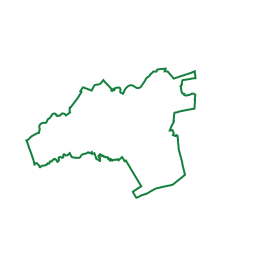 the district of Petresti, Dâmbovita, Romania, rotated 307°
{"feature_id": "2599482B47779361305396", "entity_name": "Petresti", "entity_type": "district", "adm_level": 2, "iso_a3": "ROU", "parent_name": "Romania", "parent_adm1": "Dâmbovita", "projection": "equal_earth", "projection_center": [25.302, 44.657], "detail": "fine", "context": "isolated", "style": "outline", "palette": "green", "viewbox_px": 256, "rotation_deg": 307, "n_neighbors": 0, "source": "geoboundaries", "source_scale": "gbopen_adm2", "svg_char_len": 5405}
<svg xmlns="http://www.w3.org/2000/svg" viewBox="0 0 256 256"><g transform="rotate(307 128 128)"><path d="M195.2,161.6L194.8,159.6L194.0,158.4L192.3,157.7L190.6,156.4L188.9,154.9L188.5,154.2L188.2,152.9L188.5,152.6L189.1,152.4L188.4,150.9L188.3,150.5L188.4,150.2L189.2,149.2L189.5,148.6L190.4,147.6L193.0,145.3L193.0,144.8L193.6,144.8L195.1,145.0L195.3,144.7L195.8,144.2L196.5,143.9L198.5,142.9L198.9,142.8L199.3,143.0L204.2,147.8L206.3,149.6L207.1,150.4L208.3,151.9L209.6,150.9L211.6,148.8L213.5,147.2L211.0,145.7L210.9,145.8L195.0,134.8L197.0,125.9L196.7,125.8L196.3,124.3L195.3,123.1L198.0,122.3L194.8,118.7L193.5,117.3L192.1,116.2L190.7,116.7L189.9,116.5L188.4,114.3L186.0,114.0L184.1,113.5L183.4,113.7L182.0,113.7L180.1,113.0L178.2,112.7L175.4,113.2L170.6,113.4L169.0,113.5L167.5,113.2L166.3,112.4L165.5,111.5L165.2,110.5L165.0,109.2L164.9,107.2L164.7,106.2L164.2,104.9L163.4,104.0L161.7,103.0L158.9,102.4L157.4,102.4L155.3,102.7L153.8,103.2L152.2,103.3L152.2,102.1L151.8,100.9L151.9,100.3L152.6,99.8L153.6,99.2L154.6,98.4L155.1,97.2L154.9,96.3L153.9,95.5L153.0,94.3L152.7,94.0L152.1,93.8L151.8,93.8L150.7,94.1L150.0,94.2L149.9,93.8L150.2,93.1L148.6,93.2L148.5,92.8L148.1,92.8L148.0,92.3L147.9,92.3L147.8,92.1L148.0,91.9L149.3,91.9L149.5,89.6L149.9,87.8L150.3,84.9L150.7,82.4L151.4,79.5L147.5,79.4L146.9,79.2L145.7,78.7L145.0,78.3L143.9,77.0L142.2,75.6L141.6,75.6L137.7,76.1L136.7,76.2L136.0,76.4L134.5,71.1L134.1,69.9L133.5,67.7L133.3,67.5L128.7,67.8L128.8,69.1L122.1,69.8L118.0,69.8L114.2,69.8L113.3,69.8L112.2,69.8L110.2,69.8L109.7,69.5L109.2,69.1L108.8,69.3L108.1,70.2L107.9,70.4L106.8,70.7L106.6,70.8L105.8,72.2L105.6,72.4L104.2,71.9L102.6,71.5L102.3,71.4L101.9,71.1L101.2,70.9L100.7,70.8L100.9,70.1L101.0,68.7L100.9,68.2L100.5,67.6L100.2,66.7L97.0,66.1L96.9,66.1L96.8,65.8L95.9,65.1L95.3,64.7L94.8,63.9L94.8,63.5L94.9,63.3L95.6,62.8L95.6,62.5L95.4,62.1L95.5,61.9L95.5,60.9L95.4,60.6L94.3,59.6L93.2,59.3L91.9,59.3L90.7,59.6L89.5,59.5L89.2,59.5L87.9,59.2L87.1,58.8L86.7,58.8L86.1,58.9L85.5,58.9L83.8,59.4L83.2,59.5L82.8,59.3L82.1,58.7L81.2,57.1L80.4,56.6L79.1,55.9L77.2,55.7L76.9,55.8L76.4,55.9L75.3,56.6L74.4,57.7L74.1,58.2L73.8,58.4L73.2,58.6L72.4,58.7L70.6,59.9L69.3,58.7L68.9,58.5L68.4,58.2L67.4,57.9L66.5,57.4L64.5,56.5L63.4,56.0L61.9,55.7L61.0,55.7L58.5,55.2L57.4,54.8L56.9,54.3L56.8,54.5L56.8,54.9L56.4,55.3L56.2,55.7L56.1,56.0L53.6,59.7L53.3,59.8L50.7,64.1L46.1,70.9L45.9,71.3L42.5,75.4L42.7,75.5L43.3,75.5L43.5,75.4L43.6,75.1L43.9,75.0L44.5,75.6L44.5,75.9L44.9,76.1L45.1,76.4L44.9,77.1L44.6,79.0L44.5,79.5L43.6,81.1L43.8,81.5L45.1,81.7L45.8,81.9L46.8,82.7L47.2,83.3L47.5,83.8L48.9,84.5L49.9,85.3L50.2,85.3L50.9,84.9L51.4,85.1L51.9,85.8L52.1,86.4L52.3,86.4L54.1,85.8L54.3,85.8L54.6,86.0L55.1,87.1L55.3,87.2L57.4,87.2L58.0,87.6L58.9,87.6L59.1,87.7L59.2,88.1L59.3,88.6L59.2,89.0L59.4,89.7L59.4,89.9L59.3,90.3L58.5,91.6L58.5,91.9L58.9,92.2L59.5,92.5L60.6,92.3L61.3,91.9L62.1,90.7L62.4,90.5L62.8,90.5L63.6,90.9L64.3,91.6L64.4,91.8L64.4,92.8L64.6,93.3L64.8,93.6L65.2,93.8L65.8,93.9L66.7,93.1L67.6,92.5L68.0,92.5L68.5,92.6L68.7,93.0L68.7,93.4L68.5,94.4L68.6,95.0L69.9,96.1L70.9,96.3L72.3,96.3L72.9,96.5L71.1,100.0L71.0,100.4L71.1,100.9L71.3,101.5L71.5,101.8L72.1,103.2L72.5,103.5L72.8,104.3L73.3,104.9L74.7,106.9L75.8,107.4L77.9,107.2L78.3,107.2L79.8,107.7L81.5,109.0L82.7,110.1L84.5,110.7L84.6,110.9L84.6,111.6L85.1,112.1L85.1,112.8L85.9,113.3L87.0,113.6L85.7,115.1L87.6,116.3L85.1,120.3L84.4,120.9L84.6,122.9L84.7,125.3L84.8,125.5L85.2,125.4L85.4,125.2L85.6,125.0L85.6,124.8L85.7,124.7L86.7,124.2L87.2,123.6L87.3,123.4L87.2,123.2L87.0,122.9L87.0,122.6L87.3,121.9L87.8,121.3L88.1,121.3L88.2,121.5L88.4,121.5L88.5,121.8L88.6,121.7L89.0,121.7L89.4,121.3L89.7,121.2L90.1,121.4L90.4,121.8L90.4,122.0L90.3,122.4L90.4,122.9L90.4,123.0L90.1,123.1L90.5,123.5L90.4,124.1L90.1,124.3L90.3,124.5L90.7,124.6L90.9,124.8L91.0,125.2L91.0,125.5L90.5,126.0L90.9,127.0L91.1,127.1L91.1,127.5L91.4,127.8L91.4,128.0L91.6,128.3L91.7,128.8L91.9,128.9L92.2,128.9L92.4,129.3L92.4,129.7L92.3,130.0L91.5,130.8L91.3,130.9L91.3,131.0L91.4,131.3L91.5,131.4L92.1,131.4L92.3,131.6L92.7,132.5L92.4,132.8L92.1,132.8L91.9,132.6L91.5,132.8L91.1,133.0L91.1,133.3L91.7,133.7L92.1,133.8L92.8,133.5L93.0,133.8L92.5,134.7L92.4,134.9L92.5,135.0L92.7,135.3L93.6,135.6L94.1,136.0L94.4,136.3L94.8,136.8L95.1,136.9L95.3,137.0L95.5,137.2L95.5,137.7L95.8,138.0L96.3,138.5L96.8,138.6L96.6,139.9L96.6,140.0L97.5,140.0L101.2,140.8L99.5,145.4L100.7,145.9L89.4,173.7L87.9,173.0L84.8,171.9L84.5,171.9L84.2,171.7L80.0,170.2L79.9,170.3L79.7,170.7L78.9,172.6L78.8,172.8L78.0,174.7L77.9,175.3L77.3,176.6L78.7,177.6L80.1,178.3L80.8,178.6L81.2,178.6L81.5,178.9L82.9,179.7L85.1,181.2L86.0,181.9L86.0,182.0L86.6,182.3L88.7,183.3L91.1,184.2L95.2,186.1L96.7,186.9L98.7,188.6L101.0,190.4L108.3,196.8L109.8,197.9L113.9,198.9L120.4,200.6L120.7,200.7L123.1,201.3L123.6,201.3L124.1,201.4L124.7,201.6L124.9,201.7L130.5,194.8L131.9,193.2L133.5,191.6L134.3,190.6L138.6,185.0L141.4,181.5L146.7,176.6L148.7,175.0L151.7,172.0L151.3,170.7L150.4,170.9L150.1,170.6L149.4,168.1L151.5,167.6L153.1,164.7L151.7,163.6L151.1,162.9L155.2,161.7L158.1,161.3L160.8,160.7L161.3,160.5L161.4,160.3L161.2,160.1L161.2,159.9L163.1,158.9L165.2,157.5L167.6,156.2L168.2,156.0L170.8,158.4L171.1,158.3L175.2,161.8L177.6,164.0L183.5,169.4L185.3,168.2L188.7,166.0L189.7,165.3L190.7,164.7L190.6,164.4L193.8,162.5L195.1,161.7L195.2,161.6Z" fill="none" stroke="#15803d" stroke-width="2"/></g></svg>